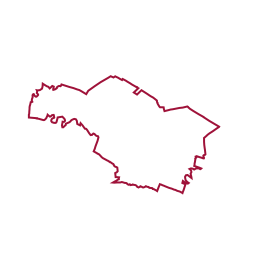 Luna, Cluj, Romania (Albers equal-area conic projection), rotated 146°
{"feature_id": "2599482B89175804727577", "entity_name": "Luna", "entity_type": "district", "adm_level": 2, "iso_a3": "ROU", "parent_name": "Romania", "parent_adm1": "Cluj", "projection": "albers", "projection_center": [23.938, 46.482], "detail": "fine", "context": "isolated", "style": "outline", "palette": "rose", "viewbox_px": 256, "rotation_deg": 146, "n_neighbors": 0, "source": "geoboundaries", "source_scale": "gbopen_adm2", "svg_char_len": 5638}
<svg xmlns="http://www.w3.org/2000/svg" viewBox="0 0 256 256"><g transform="rotate(146 128 128)"><path d="M182.5,210.3L182.7,209.3L184.0,208.0L183.9,207.5L183.8,206.1L184.0,205.7L184.4,205.5L186.0,205.2L186.4,205.2L186.9,205.5L187.2,206.2L187.4,207.2L187.4,207.8L187.1,208.5L187.3,208.9L187.9,209.0L188.4,208.8L188.8,208.5L189.1,208.1L189.7,207.0L189.9,206.8L191.4,205.7L192.3,204.8L192.5,204.1L192.5,203.5L192.7,203.2L193.9,203.6L194.2,203.8L196.2,201.9L196.9,201.4L197.9,200.4L199.1,198.7L200.5,197.0L201.9,195.1L202.7,194.5L204.3,192.1L198.1,187.1L198.3,186.9L196.8,185.5L194.1,182.3L193.4,181.6L192.9,181.4L191.6,181.5L190.2,181.9L188.6,182.9L187.6,183.5L187.2,183.9L186.8,182.3L186.3,181.0L185.5,180.9L183.6,181.1L183.4,180.8L183.2,180.7L182.3,180.4L182.3,180.2L182.8,179.1L183.3,177.9L183.5,177.8L184.4,178.0L184.8,178.1L185.6,178.2L186.4,177.9L187.3,177.3L187.6,176.8L187.8,176.4L187.7,175.2L186.9,174.2L186.4,173.6L185.6,173.0L185.1,172.7L184.6,172.7L184.2,172.8L183.4,173.4L181.0,175.5L180.5,176.0L180.4,176.1L176.1,174.1L175.7,171.9L175.6,170.8L175.9,169.6L176.5,169.0L177.4,168.8L178.1,169.2L178.7,169.8L179.4,169.0L181.3,167.1L182.0,165.3L181.2,164.8L179.3,165.2L178.2,165.2L177.1,166.3L173.6,165.6L172.8,165.6L171.9,165.7L171.2,166.0L170.7,166.1L170.0,166.1L168.1,165.8L167.2,165.4L166.3,164.3L166.4,162.6L167.8,159.7L166.3,157.0L164.6,158.5L164.2,155.4L164.2,154.3L164.1,151.5L163.4,151.0L163.2,150.7L163.1,150.3L163.0,148.9L163.1,145.5L163.0,143.7L162.9,143.0L162.7,142.9L162.3,142.8L161.9,142.5L161.7,142.4L161.1,142.6L160.7,142.6L159.9,142.8L159.7,142.7L159.2,141.8L159.0,141.2L158.9,140.0L158.7,139.5L158.0,138.4L157.5,138.0L157.7,136.8L160.4,134.4L165.3,130.9L167.1,129.4L169.5,127.8L168.7,126.2L168.4,125.5L167.9,124.9L167.8,124.1L167.5,123.5L167.2,123.3L167.0,122.9L166.6,122.0L166.6,121.6L166.3,120.0L166.2,118.9L165.9,117.8L165.5,116.7L164.8,115.5L164.7,115.2L164.1,114.2L163.8,113.4L162.9,112.0L162.7,111.3L162.1,110.4L162.2,110.2L162.1,109.9L161.9,109.9L161.7,109.5L161.2,108.3L161.0,107.6L160.3,106.3L160.3,105.9L160.5,105.5L160.4,105.1L160.6,104.5L160.6,104.2L160.5,103.8L160.4,103.4L160.0,102.9L159.9,102.6L159.5,102.2L159.0,101.2L160.1,99.1L160.7,98.0L160.8,97.9L162.1,97.6L163.8,97.8L165.7,94.2L164.6,93.4L163.0,92.1L163.9,91.3L164.3,90.6L165.4,90.9L166.5,90.8L167.4,90.8L168.3,91.0L171.0,91.2L169.9,90.3L167.6,89.0L164.9,87.2L164.4,87.0L163.4,86.7L163.0,86.3L161.4,84.3L160.6,83.7L160.2,83.3L160.0,83.0L159.9,82.6L159.9,81.9L159.8,81.5L159.3,80.9L159.2,80.6L158.1,80.4L157.9,80.2L157.8,79.8L157.9,79.3L157.0,78.9L156.6,78.6L156.3,78.5L155.8,78.6L155.2,78.0L155.0,77.6L154.1,76.9L153.5,76.0L153.3,75.5L153.2,75.3L153.3,74.5L153.2,73.9L152.5,72.8L151.9,72.8L151.1,72.5L150.8,72.6L150.5,72.8L150.3,72.8L150.2,72.6L150.0,72.3L149.7,71.9L149.4,71.4L149.2,70.8L148.7,70.2L148.1,70.0L147.0,69.7L146.0,69.8L145.8,69.8L145.4,69.3L145.2,68.8L145.0,68.6L144.7,68.2L144.0,67.7L143.9,67.6L143.9,66.8L143.7,66.4L142.1,65.1L141.6,64.7L141.4,64.3L141.4,64.2L141.6,63.6L141.1,63.2L140.7,62.8L140.5,62.2L139.8,61.1L139.1,59.4L135.6,61.9L133.0,63.6L132.6,63.0L132.1,62.5L131.5,61.4L130.4,59.9L130.0,59.2L127.5,55.5L126.6,54.4L126.2,53.9L125.8,53.5L124.1,50.9L123.6,50.5L123.2,50.0L122.6,48.8L121.9,47.9L121.6,47.5L121.1,47.0L120.0,45.4L119.8,44.7L119.4,44.1L119.2,43.6L117.9,44.6L117.1,45.1L115.0,46.7L114.8,46.9L111.7,49.3L112.1,49.7L113.0,50.9L113.7,52.0L112.1,53.4L111.8,52.6L111.6,51.9L111.0,50.4L110.7,49.9L110.5,49.7L109.9,48.8L109.6,48.5L109.3,48.4L108.4,48.5L108.9,49.7L109.1,50.4L109.3,51.7L109.4,52.3L109.3,52.7L108.7,54.3L108.3,55.1L107.8,55.8L107.0,56.1L106.4,56.4L106.1,56.2L105.3,56.0L104.9,55.7L103.3,51.0L103.1,51.4L102.7,52.3L102.1,53.9L101.6,55.2L101.1,55.4L100.1,56.0L99.7,56.9L99.6,57.3L99.6,58.5L99.9,59.6L98.4,59.3L97.6,58.6L97.3,58.2L97.0,58.0L96.4,56.6L96.1,56.5L94.8,56.5L93.2,56.0L93.1,55.9L92.9,55.6L92.4,55.3L91.5,54.5L91.3,54.1L91.3,53.7L91.2,53.5L90.4,53.4L89.9,53.5L91.1,55.3L94.3,59.5L93.4,60.3L92.6,61.4L91.7,62.2L89.5,64.6L89.3,64.7L89.2,64.9L88.9,65.1L88.5,65.2L88.6,65.3L88.3,65.4L88.2,65.6L88.2,65.8L87.8,66.2L87.7,66.3L87.4,66.3L87.5,66.6L87.4,66.6L87.4,66.9L87.3,66.7L87.1,66.5L86.7,66.1L84.9,63.7L84.1,62.8L83.8,62.4L83.2,61.6L83.1,61.4L82.9,61.4L82.8,61.2L82.6,60.9L82.2,60.4L81.9,60.5L81.7,60.7L81.2,62.7L80.9,63.0L80.4,63.1L79.1,62.7L78.6,62.8L78.4,63.1L76.4,66.9L75.9,68.0L74.3,71.2L72.8,73.8L70.8,76.8L70.6,77.2L69.7,77.3L67.3,77.6L65.7,77.9L64.9,77.9L63.7,78.0L59.5,77.9L54.7,78.0L51.9,78.0L51.7,78.1L56.6,88.4L59.3,94.8L59.2,94.9L61.7,99.9L64.3,105.5L66.0,109.5L66.2,110.5L66.5,111.4L66.4,111.8L66.8,112.7L67.4,112.9L71.2,114.3L74.0,115.8L80.4,118.5L82.4,119.5L84.8,120.3L88.3,121.6L87.6,123.8L86.9,125.2L87.8,125.9L89.8,127.2L89.9,127.5L90.0,128.0L90.0,129.0L89.8,131.9L89.4,132.4L89.5,132.9L89.2,133.8L88.7,134.6L89.7,137.8L90.2,139.3L91.3,141.4L92.0,143.0L92.9,145.3L95.7,151.8L101.8,150.7L103.3,154.2L97.2,155.2L98.2,157.2L98.3,157.6L98.2,157.6L98.5,158.0L100.4,161.8L101.3,164.0L102.6,166.7L103.3,168.4L105.0,171.6L106.1,171.1L107.2,173.2L108.1,175.2L109.3,177.2L109.7,178.0L111.8,178.0L113.4,180.6L116.4,180.7L124.9,181.3L132.1,181.3L139.8,181.1L140.4,181.0L143.7,179.4L146.1,184.6L147.1,186.6L147.4,187.0L148.5,188.3L150.9,191.6L153.5,194.6L158.8,201.3L159.9,200.6L160.4,200.4L160.6,200.4L161.6,201.4L162.4,201.6L164.2,201.5L164.5,201.3L164.8,200.8L165.7,200.8L166.6,200.8L167.1,200.9L168.6,201.4L168.5,201.7L168.3,202.1L167.5,202.7L166.4,203.8L167.3,205.2L168.9,204.9L170.8,204.6L170.9,205.6L171.0,206.7L171.9,207.9L172.6,209.4L173.1,210.5L173.9,212.4L175.6,210.2L177.3,208.7L179.9,208.7L181.9,209.7L182.5,210.3Z" fill="none" stroke="#9f1239" stroke-width="2"/></g></svg>